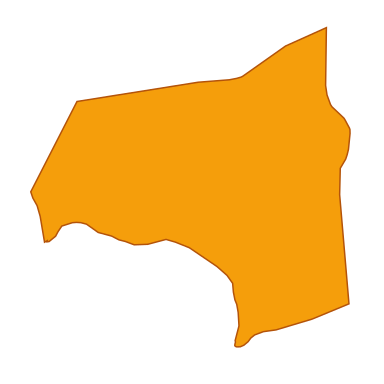 an SVG outline of Al Isma`iliyah, rotated 267°
{"feature_id": "EGY-1531", "entity_name": "Al Isma`iliyah", "entity_type": "Governorate", "adm_level": 1, "iso_a3": "EGY", "parent_name": "Egypt", "parent_adm1": "", "projection": "orthographic", "projection_center": [32.173, 30.661], "detail": "fine", "context": "isolated", "style": "filled", "palette": "amber", "viewbox_px": 384, "rotation_deg": 267, "n_neighbors": 0, "source": "natural_earth", "source_scale": "10m", "svg_char_len": 1006}
<svg xmlns="http://www.w3.org/2000/svg" viewBox="0 0 384 384"><g transform="rotate(267 192 192)"><path d="M149.8,44.6L150.9,44.8L149.6,42.1L175.7,39.1L186.5,36.6L194.2,32.8L200.6,31.0L288.4,81.9L301.3,203.9L302.1,235.1L303.1,242.4L304.2,247.1L304.8,248.4L304.8,248.5L332.9,293.1L349.1,334.8L291.4,331.0L281.9,331.9L272.1,334.9L269.8,336.2L257.8,347.6L256.4,348.4L247.5,352.6L246.0,353.0L242.2,352.9L226.5,350.5L221.1,348.9L216.8,347.2L207.9,341.3L181.7,339.3L72.1,342.9L58.8,305.3L49.9,268.7L48.8,256.0L46.0,247.1L43.1,243.1L39.6,240.2L36.3,235.8L34.9,232.1L35.0,228.5L35.6,227.2L36.4,226.7L37.8,226.9L39.7,227.5L40.3,227.5L41.3,227.3L55.2,231.7L56.2,231.9L69.3,231.8L77.5,230.8L82.1,229.2L89.8,228.1L98.7,227.8L106.9,222.6L116.3,213.0L136.5,186.4L142.8,172.8L146.0,163.6L142.1,145.1L142.3,131.5L146.1,122.8L148.0,116.6L152.2,109.4L156.5,96.2L165.4,85.0L167.2,79.4L167.7,75.0L167.6,70.9L164.8,60.2L159.5,56.2L155.0,53.5L150.0,46.7L149.8,44.6Z" fill="#f59e0b" stroke="#b45309" stroke-width="1.5"/></g></svg>